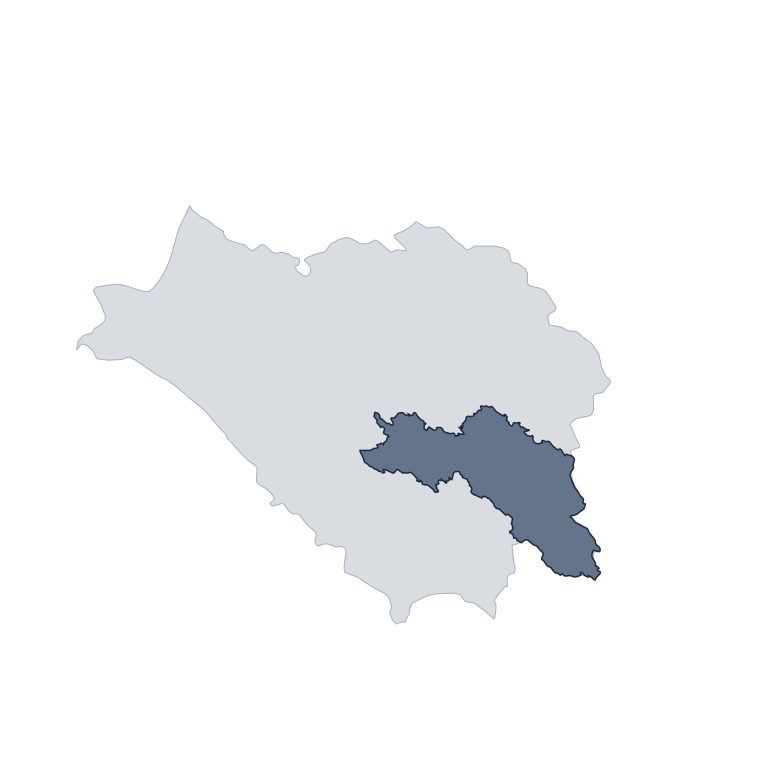 location of Mogilev within Belarus, rotated 38°
{"feature_id": "BLR-2340", "entity_name": "Mogilev", "entity_type": "Region", "adm_level": 1, "iso_a3": "BLR", "parent_name": "Belarus", "parent_adm1": "", "projection": "equal_earth", "projection_center": [29.938, 53.567], "detail": "fine", "context": "in_parent", "style": "filled", "palette": "slate", "viewbox_px": 768, "rotation_deg": 38, "n_neighbors": 0, "source": "natural_earth", "source_scale": "10m", "svg_char_len": 9816}
<svg xmlns="http://www.w3.org/2000/svg" viewBox="0 0 768 768"><g transform="rotate(38 384 384)"><path d="M615.2,501.4L603.8,500.9L590.0,501.1L582.3,505.3L573.9,503.3L568.0,505.6L554.4,517.1L549.1,523.3L544.1,532.9L541.0,540.0L542.7,544.9L545.3,549.6L545.9,554.6L547.2,558.5L543.8,561.3L541.8,565.4L536.0,564.7L529.0,560.8L527.5,555.1L522.0,551.1L518.4,549.1L512.6,548.7L503.1,550.6L490.8,552.0L481.5,552.4L476.5,554.4L469.0,556.4L466.1,554.0L461.9,547.6L458.6,541.2L456.2,538.4L454.2,537.6L451.7,537.7L448.8,539.8L446.6,541.9L438.8,544.3L435.4,546.6L431.6,552.5L429.1,552.1L426.5,550.7L423.6,544.1L419.6,542.6L413.1,542.5L405.0,541.1L398.5,539.1L396.1,539.6L392.2,542.4L387.9,542.8L378.7,540.3L376.9,541.4L371.5,548.7L369.0,549.1L367.6,548.1L368.5,541.8L363.1,539.6L354.1,539.2L347.7,540.1L344.6,539.9L343.0,538.7L335.5,528.1L331.4,527.4L324.0,527.9L313.2,526.6L300.7,524.2L293.8,523.4L290.3,521.0L282.6,520.2L262.1,515.7L253.6,514.9L241.2,514.9L222.3,513.9L210.1,514.4L204.5,515.9L197.9,516.8L175.4,518.0L167.3,519.2L164.9,521.4L162.1,526.3L152.5,534.7L143.2,540.4L141.6,540.8L136.4,537.9L132.1,536.8L126.9,536.5L123.2,537.5L120.9,538.9L120.9,545.4L120.4,546.0L116.7,538.2L117.3,531.2L119.7,527.3L122.5,523.7L121.7,518.3L124.6,511.2L124.9,506.0L123.9,503.8L121.8,501.3L116.1,498.4L113.6,496.2L105.8,493.3L98.1,489.6L96.9,487.3L97.4,485.8L98.8,483.4L105.1,476.6L111.9,469.9L116.2,467.2L138.5,458.7L142.0,455.8L143.1,450.7L143.1,440.6L142.2,431.4L140.8,425.0L137.1,413.1L126.8,388.6L121.2,363.3L125.5,364.8L135.9,365.3L144.2,363.6L148.5,363.4L152.3,363.9L163.2,362.5L165.8,364.8L170.6,366.8L180.2,363.9L188.8,360.3L197.6,360.7L198.9,359.0L201.4,350.0L204.1,348.1L214.5,349.0L218.5,347.4L222.6,343.0L228.9,340.3L234.1,340.3L239.5,337.2L242.1,339.3L243.3,342.9L241.4,345.9L242.1,347.0L245.8,348.5L252.2,348.4L256.3,347.2L257.3,345.5L257.4,342.5L256.5,339.6L253.8,337.2L248.8,335.9L245.3,335.9L244.7,334.3L246.0,331.0L249.4,324.9L253.4,319.3L255.8,317.2L256.2,315.3L255.9,312.0L256.0,306.0L259.7,297.5L264.5,291.2L270.8,289.2L278.4,288.1L283.3,285.1L285.8,281.7L288.0,276.3L290.4,275.2L308.6,275.9L311.5,270.5L313.1,269.0L316.6,267.4L319.1,265.5L318.2,264.0L313.6,263.1L302.7,262.2L300.6,260.4L301.3,258.3L304.4,252.8L307.3,245.7L308.9,240.2L309.1,236.9L310.7,236.1L319.6,235.0L322.6,233.9L330.4,226.5L336.2,225.2L351.2,227.1L358.1,227.0L366.9,227.5L367.6,226.7L370.8,219.4L385.8,207.6L393.8,203.5L398.8,202.6L400.6,202.8L408.5,209.0L410.3,209.3L415.6,206.6L424.8,206.4L429.0,208.6L435.0,216.2L438.2,217.1L447.1,212.9L452.0,211.5L455.3,211.5L472.0,217.4L473.3,219.3L473.4,221.6L470.7,228.5L474.2,232.8L478.2,235.7L486.9,230.9L490.1,229.6L493.6,229.5L498.2,227.7L501.6,225.1L504.9,224.1L511.0,224.8L522.2,224.1L535.2,228.3L536.3,229.6L542.9,234.6L545.2,237.0L547.3,237.8L550.8,240.2L555.5,241.7L558.7,241.3L560.2,242.1L561.7,244.0L561.8,247.2L561.4,256.5L556.8,261.3L556.2,263.0L556.4,265.1L560.1,269.1L565.0,275.3L566.1,279.0L566.1,281.7L559.7,289.7L557.5,291.6L556.0,295.5L555.3,299.5L555.7,301.2L566.7,307.6L574.8,311.1L576.7,312.7L576.8,313.8L572.6,320.7L572.2,322.6L578.7,325.4L582.4,329.9L585.6,337.3L591.9,344.3L615.1,354.7L617.1,356.6L617.8,358.8L617.2,363.6L613.0,372.9L617.0,374.3L627.2,373.9L639.6,375.1L654.6,381.6L654.7,384.6L653.2,387.3L654.3,390.1L656.0,392.5L669.0,399.9L670.3,402.0L670.6,405.6L670.3,408.2L666.7,408.8L662.8,410.0L656.3,413.2L653.8,417.6L643.4,423.8L637.0,426.6L631.8,426.7L619.4,425.5L615.1,422.4L613.2,419.6L608.5,418.4L602.2,418.2L593.5,418.7L591.7,419.6L590.3,423.0L586.7,428.9L584.1,432.2L595.3,443.8L600.9,448.6L602.7,451.6L602.6,453.7L600.0,456.1L600.4,461.1L605.9,467.6L604.1,468.7L603.7,476.7L603.8,485.4L605.3,487.5L608.2,489.2L610.7,492.3L614.9,499.5L615.2,501.4Z" fill="#d9dde1" stroke="#a8b0b8" stroke-width="1"/><path d="M578.4,325.4L580.2,325.8L581.1,327.2L582.6,331.0L584.7,333.2L585.2,334.4L585.6,338.7L586.3,340.8L587.2,341.9L598.0,348.2L602.6,349.3L607.6,351.3L611.1,351.6L611.7,351.9L612.4,352.4L613.8,355.2L614.6,355.4L616.4,354.6L616.9,354.9L618.4,359.4L618.1,360.0L617.9,361.6L617.2,363.3L616.3,367.5L615.3,369.4L613.0,372.2L612.5,374.0L615.0,374.1L620.2,375.4L632.7,372.9L634.0,373.1L637.5,375.0L645.0,376.6L647.2,377.7L649.1,379.6L649.9,380.0L652.9,379.9L654.1,380.1L655.3,380.6L656.9,382.2L657.0,382.8L656.9,383.4L656.5,383.9L651.7,385.9L651.8,387.8L652.5,389.9L653.6,391.4L655.0,392.5L659.7,394.4L661.1,395.2L662.5,397.0L662.9,397.2L663.9,396.6L666.0,396.5L666.9,396.9L666.4,398.3L666.7,399.1L667.4,399.3L669.9,398.8L671.1,400.5L670.3,406.0L671.1,408.3L669.9,409.0L667.0,408.4L662.9,409.1L663.9,410.3L662.3,411.0L660.4,411.3L658.5,411.1L657.0,410.6L655.4,410.9L655.0,411.8L655.5,412.6L656.9,412.8L655.6,415.7L653.7,418.1L652.6,419.0L649.5,419.9L647.6,421.2L646.1,422.9L644.5,424.1L641.3,424.0L641.0,424.3L640.8,425.0L640.8,425.9L640.5,426.1L637.6,426.2L635.5,427.3L633.4,427.3L629.0,425.9L627.3,426.1L625.7,426.7L624.3,426.8L622.9,426.5L619.8,425.2L616.2,425.0L615.3,423.8L614.6,420.7L613.8,419.4L612.7,419.0L608.9,418.8L605.2,417.7L604.0,417.6L600.6,418.8L593.4,418.4L591.2,419.8L590.1,423.4L590.2,424.4L586.3,425.2L584.8,425.3L583.4,424.1L582.6,424.1L582.1,424.5L581.4,425.5L581.1,425.5L578.5,423.3L577.6,423.2L575.1,423.7L574.0,423.3L573.8,422.7L574.8,421.8L575.1,421.3L574.6,420.1L574.8,418.6L573.1,417.3L572.3,416.4L570.3,415.7L569.8,413.7L568.8,412.6L568.3,410.9L567.9,410.7L562.1,410.3L561.3,411.1L560.8,412.4L560.3,412.4L555.9,411.9L554.3,412.0L551.7,411.2L551.2,411.5L550.7,412.3L550.3,412.6L548.6,412.7L546.1,412.3L545.7,412.1L545.2,411.4L544.3,410.9L537.4,409.6L535.8,410.2L533.2,410.1L532.4,411.2L530.9,411.6L531.3,413.8L530.2,413.8L527.1,414.8L524.0,415.1L523.5,415.8L520.0,415.8L519.0,415.5L517.4,412.0L516.8,411.7L513.6,411.3L513.4,410.3L513.0,410.0L509.9,409.1L508.4,407.9L507.6,407.8L505.3,409.0L503.3,409.2L502.6,408.9L502.4,408.3L501.9,407.9L501.2,407.8L499.9,408.3L497.8,407.0L496.8,406.9L496.0,407.4L495.3,408.3L494.3,408.9L493.9,409.7L493.7,411.0L493.9,412.1L496.3,417.4L496.2,417.7L495.7,417.9L493.9,417.7L493.1,417.9L494.6,419.4L494.2,420.9L492.6,422.2L494.2,423.1L494.1,423.6L493.6,424.0L487.9,423.7L488.8,424.6L488.7,424.8L486.6,425.7L486.4,426.1L487.0,427.8L488.1,428.2L488.4,428.9L488.3,429.8L486.9,431.2L486.8,431.7L488.7,432.6L490.3,433.9L492.8,434.9L493.1,435.3L492.3,436.8L491.7,437.4L490.1,437.8L487.7,436.8L481.3,436.7L479.7,437.1L478.5,438.2L476.2,439.2L475.5,439.1L474.2,437.6L472.4,437.3L472.1,437.4L471.8,437.8L472.6,438.5L472.5,439.1L469.8,440.1L469.3,439.9L469.5,438.8L469.2,438.6L463.4,437.2L460.9,437.1L459.6,437.2L458.9,437.8L456.6,440.4L454.8,441.2L454.0,442.6L447.1,443.0L446.7,443.5L446.7,447.5L446.2,448.6L437.7,450.7L436.3,451.3L436.1,451.8L436.5,452.2L438.8,453.0L438.8,453.8L437.9,454.7L435.4,454.9L433.9,455.9L430.6,456.1L428.7,456.9L425.8,456.6L423.8,457.6L420.4,457.2L416.6,457.5L413.2,455.0L407.3,452.2L406.0,451.1L413.1,445.6L414.6,443.9L415.7,441.0L418.0,438.9L418.2,438.4L418.1,437.8L416.2,436.7L415.9,436.2L417.1,434.7L418.3,432.3L421.0,432.3L420.3,431.0L420.1,430.1L420.8,427.6L420.8,426.8L419.6,424.3L419.4,423.5L420.2,422.5L420.2,422.3L419.7,421.9L418.3,422.0L416.3,422.8L414.1,423.1L413.2,421.9L412.6,419.9L411.7,418.6L409.3,418.5L408.8,418.8L408.0,420.3L405.2,419.3L402.6,419.0L402.2,418.7L401.1,417.2L400.3,416.7L396.0,415.6L395.2,413.6L394.3,412.3L394.3,412.0L396.3,411.1L398.1,410.8L399.9,411.5L402.1,413.5L403.5,413.0L410.4,413.4L411.1,413.2L412.0,412.1L415.2,411.7L415.9,411.3L416.2,410.6L414.9,408.7L411.4,407.5L410.8,407.1L410.7,406.8L411.0,406.0L412.6,404.7L413.1,404.0L413.3,401.2L413.2,398.4L414.6,396.6L416.4,395.2L417.4,395.0L419.7,395.2L421.0,394.5L423.6,393.6L423.5,393.2L421.9,392.6L424.6,392.1L425.4,391.5L425.8,390.7L425.3,389.5L425.2,388.5L425.5,387.9L426.2,387.5L427.0,387.5L430.1,388.7L435.4,389.5L436.9,388.9L438.0,388.9L438.6,389.1L439.5,390.1L441.1,389.3L441.3,389.4L441.5,389.9L440.9,391.0L440.8,391.5L441.6,392.3L442.6,394.1L443.4,394.5L445.9,394.6L446.3,394.2L445.8,392.7L445.9,391.3L445.8,390.3L446.3,390.1L451.7,389.7L452.5,389.4L453.0,388.9L453.3,388.2L452.5,386.4L452.6,385.6L455.2,383.6L456.3,383.2L458.5,383.7L459.7,384.5L461.5,384.5L466.1,382.6L467.1,382.0L468.9,380.1L469.4,379.8L470.4,379.8L471.5,380.7L472.2,380.9L472.6,380.7L473.2,379.6L474.7,378.9L474.8,378.4L473.1,377.9L472.9,377.3L473.2,376.9L476.0,375.9L477.4,374.7L477.8,373.9L476.4,373.7L475.5,373.0L473.5,373.1L472.6,372.4L470.5,372.0L472.7,371.0L473.0,370.4L472.9,369.9L472.6,369.8L470.9,370.4L470.4,370.1L472.0,368.3L470.3,367.4L470.2,366.9L470.8,365.8L470.5,365.1L470.6,362.2L470.3,361.2L469.4,359.9L469.3,359.1L470.2,357.5L471.8,356.7L474.2,354.4L474.1,353.3L473.1,352.3L473.0,352.0L473.3,351.5L474.5,351.1L474.6,350.9L474.7,346.4L476.2,345.6L476.7,345.1L476.2,344.5L475.9,343.2L474.2,342.6L473.9,341.7L477.0,339.9L478.0,338.3L481.0,337.7L482.2,335.8L483.1,335.4L484.7,335.5L489.0,336.7L496.9,335.9L498.3,335.5L498.7,335.2L498.6,334.9L497.6,334.3L498.0,333.6L498.8,333.5L501.4,334.2L501.6,334.6L501.5,335.3L502.6,336.2L502.6,337.1L506.5,337.6L506.5,338.3L507.5,338.7L510.1,338.7L510.6,338.6L511.0,337.8L510.9,337.3L510.2,335.9L510.1,334.6L512.8,333.0L513.5,331.8L514.0,331.2L514.9,331.0L515.4,331.3L515.4,331.7L514.9,332.0L515.0,332.3L518.4,334.0L519.2,333.7L519.6,332.4L523.0,332.5L526.8,330.9L526.9,331.0L525.8,333.0L523.8,335.0L523.7,335.2L523.9,335.6L527.7,336.4L528.7,336.4L531.6,335.2L532.1,334.6L532.2,333.7L532.9,333.3L533.8,333.7L535.0,335.6L536.0,336.4L537.9,337.3L539.3,337.5L542.3,336.3L542.9,335.8L543.7,334.1L544.9,333.3L545.0,333.1L544.9,332.6L543.4,331.6L543.5,330.9L547.0,329.8L547.5,329.4L547.9,328.6L549.3,327.9L550.5,327.7L553.2,328.6L556.2,329.0L560.2,329.1L562.0,328.7L562.1,328.3L562.0,327.6L562.2,327.3L562.8,326.9L563.9,326.7L570.6,329.1L571.1,328.8L570.7,327.3L571.0,326.9L573.5,326.3L575.2,325.3L578.4,325.4Z" fill="#64748b" stroke="#1e293b" stroke-width="1.5"/></g></svg>